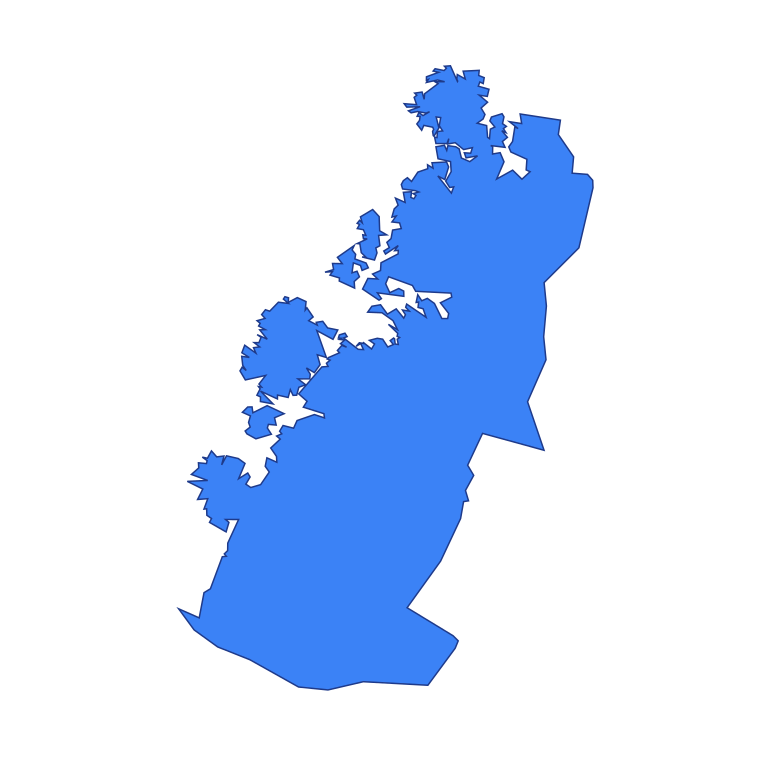 Lillesand nor, Aust-Agder, Norway, rotated 171°
{"feature_id": "86288312B5594304829508", "entity_name": "Lillesand nor", "entity_type": "district", "adm_level": 2, "iso_a3": "NOR", "parent_name": "Norway", "parent_adm1": "Aust-Agder", "projection": "mercator", "projection_center": [8.269, 58.228], "detail": "fine", "context": "isolated", "style": "filled", "palette": "blue", "viewbox_px": 768, "rotation_deg": 171, "n_neighbors": 0, "source": "geoboundaries", "source_scale": "gbopen_adm2", "svg_char_len": 6171}
<svg xmlns="http://www.w3.org/2000/svg" viewBox="0 0 768 768"><g transform="rotate(171 384 384)"><path d="M207.3,629.4L207.3,619.7L219.1,623.5L211.6,615.3L214.5,617.6L219.1,603.4L223.7,598.7L222.4,593.3L207.7,583.6L210.1,573.2L206.5,570.8L215.7,564.7L223.5,575.1L240.7,568.8L230.7,584.7L233.1,594.3L240.8,594.2L239.5,601.5L241.3,602.8L227.4,598.8L229.1,605.0L223.5,608.3L228.0,615.7L224.2,613.2L226.1,617.6L222.8,619.3L226.2,622.6L223.7,629.1L225.1,632.5L236.1,630.9L238.3,627.3L234.3,620.5L239.1,619.1L241.4,609.8L243.1,611.4L242.2,623.2L251.2,627.0L244.7,630.2L242.1,634.4L244.9,641.4L237.6,646.1L244.8,654.4L237.0,651.9L234.2,658.7L244.3,663.4L242.1,667.3L239.0,665.2L237.1,670.9L242.2,673.9L240.9,678.9L256.9,680.6L256.0,672.5L263.2,678.2L264.4,673.7L263.9,672.0L264.0,671.3L264.1,671.2L268.6,687.9L274.6,688.4L273.0,686.1L275.6,684.2L284.2,687.4L286.5,685.4L281.2,683.3L294.0,680.8L294.6,677.4L292.6,677.9L294.9,675.2L283.6,675.9L276.8,673.1L286.3,674.5L283.6,672.2L298.5,664.3L299.8,658.9L300.7,666.4L308.2,666.5L306.4,664.1L309.4,662.4L308.1,654.8L320.2,657.7L318.2,653.9L305.0,652.2L317.1,650.0L314.8,647.6L308.3,647.9L300.0,645.0L296.4,645.8L303.5,643.0L307.1,646.7L309.4,643.2L306.5,642.6L307.7,638.8L310.9,635.7L307.1,628.7L304.2,633.2L295.7,630.0L295.1,627.7L296.5,625.9L296.5,621.6L295.9,620.9L289.7,628.3L290.7,639.6L286.3,638.3L289.0,630.5L286.5,624.8L291.7,625.0L293.1,619.1L295.4,619.9L295.1,613.4L284.2,611.6L281.6,616.2L283.6,611.1L275.9,611.2L268.7,603.1L259.7,603.6L262.3,598.4L268.5,599.8L267.6,594.5L255.9,594.7L264.5,590.2L272.2,595.1L273.0,604.5L276.0,607.1L283.6,609.4L285.5,604.9L287.0,610.3L295.6,610.2L295.4,598.0L283.5,593.3L284.4,583.3L291.3,574.6L288.4,567.8L284.3,567.8L287.6,562.0L298.3,581.0L292.0,576.4L286.2,588.3L287.5,593.5L302.0,595.0L301.8,589.5L306.7,593.7L307.1,589.8L317.4,588.0L325.1,579.7L328.6,584.1L333.1,581.8L335.7,578.3L335.1,573.7L322.9,570.1L319.6,568.2L325.4,567.5L322.9,565.2L325.5,562.3L328.3,564.1L326.7,569.6L334.9,570.3L334.7,560.0L343.6,565.8L342.1,558.4L346.5,555.4L350.1,547.6L345.7,548.0L350.8,542.8L343.4,540.7L342.6,534.8L351.4,534.7L354.3,526.5L359.0,523.5L357.4,517.9L363.4,515.4L362.2,512.1L348.3,518.5L352.7,514.0L349.0,513.7L349.7,510.3L368.0,504.2L369.7,496.6L378.1,494.4L373.8,488.7L383.4,490.8L390.3,481.1L375.8,467.6L373.2,468.7L376.3,475.1L350.7,467.5L350.0,472.7L354.5,476.0L364.0,473.3L366.7,482.8L362.7,489.2L340.5,476.9L338.2,470.6L303.6,463.3L303.5,459.2L315.6,455.4L309.1,443.6L310.9,438.7L316.6,439.6L321.6,455.7L327.8,461.8L333.7,460.3L336.7,466.9L339.5,459.5L337.0,459.5L338.4,454.3L333.6,452.2L332.0,443.3L349.1,459.4L350.6,456.4L347.6,452.0L354.2,454.2L352.0,449.0L354.2,446.0L360.2,456.3L369.7,452.5L375.0,462.8L383.8,462.7L388.9,457.5L374.9,454.7L365.2,445.2L362.2,435.6L370.3,442.2L362.5,431.9L363.6,429.0L361.3,427.5L363.9,426.1L363.7,420.8L366.7,421.7L366.5,427.0L367.3,427.9L371.1,425.9L368.6,421.5L374.5,420.0L378.3,428.5L383.5,430.2L391.6,429.4L387.1,425.0L390.8,420.5L398.2,428.6L397.5,427.1L401.9,428.6L405.6,425.6L400.7,427.6L398.9,421.2L404.1,422.3L416.7,435.8L413.0,436.6L414.6,440.3L420.4,439.5L421.9,436.5L418.9,435.8L421.1,435.0L416.0,433.6L420.7,430.6L415.2,426.2L419.6,428.7L424.8,424.4L423.1,421.8L434.7,418.8L436.2,417.6L433.5,416.0L437.6,413.5L436.5,410.1L442.7,410.6L469.8,387.6L462.7,379.0L467.3,373.7L448.0,364.1L448.1,359.8L457.5,364.7L475.6,361.5L480.2,354.5L490.2,358.8L494.5,353.7L492.8,350.8L498.2,349.4L495.1,345.8L505.9,338.5L501.5,329.3L502.1,323.5L511.2,329.4L514.2,321.3L511.1,315.0L521.6,303.9L531.8,302.6L536.1,306.7L530.8,313.1L532.5,317.4L542.4,313.2L533.7,327.3L539.6,333.2L550.8,337.7L557.0,329.5L553.3,337.9L560.6,338.2L564.9,344.9L570.0,338.3L574.9,340.2L570.7,336.0L571.8,333.2L579.6,335.2L580.1,330.1L588.4,324.8L573.2,316.3L593.5,318.6L579.4,308.6L586.2,299.1L576.0,298.3L581.4,288.6L578.7,288.5L579.5,282.0L575.4,278.1L578.0,274.6L563.1,262.6L558.8,271.6L561.7,275.0L548.8,272.9L563.2,251.3L564.5,243.9L568.3,241.2L566.7,238.5L570.7,238.7L587.5,208.9L594.4,206.1L603.1,181.9L622.0,194.1L610.0,170.8L589.4,150.3L559.7,132.7L515.8,98.1L487.2,90.6L451.0,93.2L387.8,79.6L355.0,111.9L350.9,118.7L355.1,124.5L396.2,159.4L355.8,200.2L329.4,239.1L323.8,255.4L318.8,255.4L320.2,266.1L309.7,279.7L314.1,290.7L294.4,319.8L236.3,293.5L245.0,344.0L220.2,382.6L218.9,405.7L211.4,435.6L210.0,459.1L170.2,488.0L146.9,545.1L146.0,552.5L150.2,559.2L165.2,562.8L161.2,578.7L172.8,603.1L168.5,617.0L207.3,629.4ZM508.0,390.6L508.8,386.0L496.7,381.7L507.1,396.3L491.6,385.9L490.9,389.7L480.8,385.7L477.4,393.1L475.6,387.0L472.0,386.6L468.6,394.1L461.5,395.5L468.2,402.5L456.6,400.7L455.3,405.2L458.1,412.0L451.0,406.1L444.1,413.1L445.3,423.3L436.8,419.2L442.0,447.3L427.4,436.1L421.2,444.6L430.9,448.2L434.7,455.5L441.3,455.5L440.7,452.6L448.5,458.3L443.5,461.3L448.2,471.3L450.2,469.4L448.1,477.6L456.1,482.9L465.8,479.6L464.8,484.1L468.2,485.7L470.1,483.6L465.8,478.5L475.5,481.3L485.5,473.8L489.5,475.9L494.0,471.7L491.2,467.4L499.5,466.4L496.8,463.3L498.8,460.9L492.8,456.3L498.3,456.9L492.3,446.5L501.6,452.6L498.1,449.3L501.1,444.4L505.8,445.2L501.0,440.1L507.2,440.3L505.7,434.5L515.5,444.1L519.5,437.1L512.9,431.3L520.2,433.6L520.6,424.5L518.0,418.9L521.5,422.8L524.2,419.5L520.3,409.7L499.5,411.0L507.5,403.5L505.4,400.1L508.4,401.1L507.1,398.6L511.3,392.8L508.0,390.6ZM385.8,512.9L374.0,507.9L370.4,514.6L370.8,519.7L366.4,521.2L366.1,531.6L358.0,530.9L364.3,536.0L362.6,550.1L367.9,558.1L381.1,552.8L380.3,546.6L382.5,549.5L385.4,546.9L383.2,545.4L386.1,541.7L380.2,539.6L378.7,533.7L381.6,534.7L381.6,530.7L377.9,530.0L388.5,526.9L385.9,526.2L385.9,517.3L382.1,512.2L385.8,512.9ZM519.1,349.9L503.1,352.0L506.1,358.8L504.5,362.2L496.9,360.3L497.4,367.8L487.3,370.3L502.8,380.9L518.0,376.1L517.9,382.0L522.2,382.6L528.3,378.2L520.9,373.4L523.8,367.2L522.9,362.4L528.5,359.3L527.2,356.2L519.1,349.9ZM412.1,492.7L398.0,483.3L397.4,489.9L391.5,493.7L393.0,499.6L398.2,498.8L395.3,508.4L388.7,504.8L387.9,499.6L381.3,501.2L382.8,506.3L393.2,512.1L391.7,516.5L394.5,521.4L391.8,525.4L410.2,516.4L406.4,509.4L416.0,511.1L415.9,504.9L424.8,503.7L417.4,503.0L420.3,500.0L411.4,495.7L412.1,492.7Z" fill="#3b82f6" stroke="#1e3a8a" stroke-width="1.5"/></g></svg>